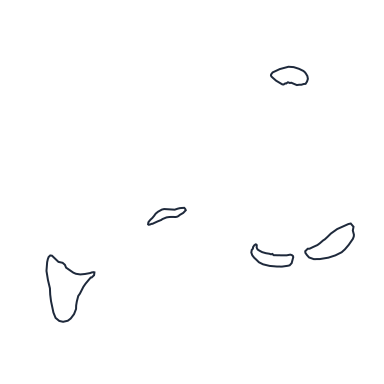 outline of Woleai, Federated States of Micronesia, rotated 172°
{"feature_id": "79324940B51603968819213", "entity_name": "Woleai", "entity_type": "district", "adm_level": 2, "iso_a3": "FSM", "parent_name": "Federated States of Micronesia", "parent_adm1": "", "projection": "mercator", "projection_center": [143.866, 7.353], "detail": "fine", "context": "isolated", "style": "outline", "palette": "slate", "viewbox_px": 384, "rotation_deg": 172, "n_neighbors": 0, "source": "geoboundaries", "source_scale": "gbopen_adm2", "svg_char_len": 2153}
<svg xmlns="http://www.w3.org/2000/svg" viewBox="0 0 384 384"><g transform="rotate(172 192 192)"><path d="M322.5,95.8L321.3,99.6L319.1,104.9L317.2,106.9L312.7,113.3L310.1,116.1L304.2,121.4L303.3,121.3L300.6,123.2L300.3,124.1L299.8,126.0L300.5,126.3L302.4,126.3L304.3,125.9L309.3,125.7L314.1,125.9L318.4,127.2L320.8,128.7L327.2,134.6L328.0,137.6L330.0,139.9L334.0,141.4L339.5,148.4L341.2,148.9L343.0,147.6L344.1,145.6L345.2,142.7L347.1,134.1L346.9,124.9L346.1,116.4L346.7,110.1L346.8,103.4L346.0,91.9L344.6,86.3L341.4,82.8L337.7,81.4L332.9,81.8L329.7,83.6L325.8,87.5L323.1,92.3L322.5,95.8ZM52.2,111.5L48.6,113.9L44.2,117.8L39.2,123.2L38.0,125.4L37.6,127.1L38.1,131.5L36.9,135.1L39.2,138.7L41.6,138.5L53.4,135.1L60.3,131.5L64.2,128.6L67.1,126.6L68.9,125.8L72.6,123.4L75.2,122.0L80.0,120.6L83.4,119.5L85.3,119.7L88.1,117.6L88.2,116.0L87.0,113.6L85.2,110.9L80.8,108.6L74.9,107.8L66.1,108.0L58.8,109.3L52.2,111.5ZM66.3,283.4L64.5,283.3L62.7,285.4L61.5,287.9L61.6,290.7L62.8,293.6L63.7,295.1L64.9,296.4L68.9,299.1L73.9,301.5L79.0,302.6L88.0,301.5L95.5,299.2L97.3,297.4L97.6,296.3L97.2,295.2L95.8,293.5L93.2,290.5L87.6,286.0L86.3,285.7L84.5,286.6L83.8,286.3L81.7,287.3L79.9,286.3L78.5,286.4L73.3,283.3L71.1,283.3L68.8,283.0L66.3,283.4ZM101.9,115.6L103.4,116.3L107.2,116.1L110.6,116.6L115.8,117.4L120.0,118.1L121.0,119.5L122.4,119.3L124.0,120.1L127.3,121.1L130.9,122.7L133.5,124.6L135.0,125.9L135.5,127.2L135.7,128.3L135.3,130.0L135.3,130.5L135.6,131.0L136.3,131.3L137.8,130.5L139.2,128.9L139.6,127.4L140.9,126.3L141.7,123.8L141.1,120.9L139.6,118.3L137.8,116.1L135.5,113.1L131.7,110.5L125.4,108.0L118.4,106.4L113.2,105.6L107.3,105.6L105.5,105.8L103.2,107.7L100.8,113.4L100.9,114.5L101.9,115.6ZM203.6,172.5L200.7,174.8L201.1,176.2L201.9,177.4L204.2,177.6L206.2,177.7L208.3,177.5L211.6,176.9L221.9,179.0L224.2,178.8L228.4,177.2L231.0,175.6L232.9,173.6L235.0,171.7L236.8,170.5L238.2,169.3L239.4,168.1L240.0,166.1L239.5,165.6L238.3,165.6L236.4,166.1L235.5,166.0L234.0,166.5L230.0,167.7L226.3,168.6L225.1,169.3L220.7,170.4L217.9,170.4L215.2,170.1L211.6,169.5L210.2,169.6L208.9,170.0L207.3,171.0L203.6,172.5Z" fill="none" stroke="#1e293b" stroke-width="2"/></g></svg>